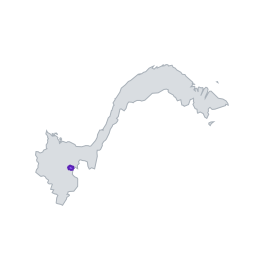 Moc Chau, Son La, Vietnam shown in context, rotated 249°
{"feature_id": "81297802B18330735489877", "entity_name": "Moc Chau", "entity_type": "district", "adm_level": 2, "iso_a3": "VNM", "parent_name": "Vietnam", "parent_adm1": "Son La", "projection": "orthographic", "projection_center": [104.628, 20.87], "detail": "fine", "context": "in_parent", "style": "filled", "palette": "violet", "viewbox_px": 256, "rotation_deg": 249, "n_neighbors": 0, "source": "geoboundaries", "source_scale": "gbopen_adm2", "svg_char_len": 4871}
<svg xmlns="http://www.w3.org/2000/svg" viewBox="0 0 256 256"><g transform="rotate(249 128 128)"><path d="M154.7,51.1L152.6,51.3L150.4,53.2L147.5,54.4L146.8,57.6L144.4,59.1L143.2,58.4L140.7,59.1L138.1,58.5L139.1,62.2L136.5,65.1L136.8,66.9L136.1,68.4L131.5,72.6L130.2,72.6L129.2,73.3L127.0,78.2L126.7,82.3L125.7,84.6L124.7,85.6L124.5,86.9L128.0,93.3L130.4,95.9L132.7,97.2L136.2,100.9L135.7,102.0L135.9,104.1L134.3,103.5L134.5,103.7L136.4,104.9L139.4,108.9L144.5,113.2L145.4,115.4L150.3,118.8L150.2,119.3L153.8,122.1L154.2,123.2L156.8,123.0L159.2,126.3L160.0,126.3L160.3,127.7L164.3,133.2L167.6,136.0L169.3,141.1L171.3,145.0L171.4,147.3L174.5,156.8L174.3,158.1L173.7,156.8L173.8,160.5L174.4,162.4L174.2,164.8L176.3,169.2L176.7,174.1L175.2,172.0L173.6,173.5L174.9,177.0L173.5,176.7L173.7,181.4L174.3,183.0L174.2,183.6L173.5,182.4L173.0,184.6L173.6,186.2L172.7,187.9L171.4,188.0L170.8,191.6L168.5,191.9L166.9,193.6L164.9,194.2L161.1,197.3L158.7,197.9L157.5,200.3L155.4,200.7L147.4,204.9L146.5,203.9L145.0,203.6L143.9,201.4L143.1,205.0L142.5,205.2L141.3,204.5L140.1,203.2L138.5,204.1L140.3,204.4L140.8,205.3L140.5,206.4L136.5,206.4L140.2,207.8L140.9,208.9L139.2,210.6L139.2,211.8L138.4,212.4L136.4,211.3L132.1,207.5L137.2,213.0L138.1,215.4L136.9,216.5L135.4,216.6L133.0,215.0L129.2,211.1L127.9,210.6L132.4,216.1L133.1,217.3L132.6,218.8L123.4,223.0L121.0,227.0L118.1,229.3L115.1,230.0L113.4,229.8L115.1,227.7L114.0,227.0L114.4,216.0L115.2,213.2L117.8,212.0L117.8,211.4L116.9,209.7L114.8,209.1L113.8,207.9L111.9,208.3L108.7,205.0L110.6,203.6L114.5,203.4L117.1,201.1L116.8,198.5L117.1,198.2L120.8,199.1L122.0,197.6L126.8,197.1L128.2,198.8L129.3,198.5L131.5,199.7L132.4,199.7L132.0,198.0L132.3,196.4L128.2,192.9L128.1,188.2L129.1,188.0L130.2,186.5L135.5,187.4L135.7,183.8L139.6,183.4L140.5,182.4L142.7,182.0L146.5,178.8L148.1,178.6L149.0,179.4L150.5,177.9L151.1,175.5L150.0,168.8L151.7,163.1L147.9,153.7L148.3,150.3L149.4,149.2L150.5,146.4L150.3,143.3L149.7,141.9L150.7,140.8L152.0,138.0L150.8,136.1L146.9,133.1L145.4,130.5L148.4,128.4L148.4,127.2L142.1,123.0L141.1,120.7L139.6,121.6L138.5,121.1L137.0,118.9L136.3,114.7L135.3,114.0L133.2,111.1L129.7,108.4L125.5,103.9L124.7,102.6L124.1,100.5L122.4,98.2L120.7,97.7L117.8,94.7L117.5,93.4L118.3,91.3L116.2,90.2L112.6,89.2L101.8,82.2L104.0,79.7L103.4,77.5L103.6,77.1L106.6,76.9L110.9,77.9L112.9,76.0L113.9,73.9L115.3,72.3L115.4,71.4L114.3,69.7L112.4,69.7L111.3,67.3L108.0,66.4L110.2,64.8L110.8,63.6L107.8,61.1L104.6,59.4L101.7,60.6L99.6,62.6L98.5,62.8L91.6,60.1L88.4,54.8L89.7,50.6L89.8,49.1L88.4,48.3L88.0,47.3L87.0,49.1L86.0,49.1L85.1,45.9L83.8,45.2L79.3,39.2L80.7,38.0L82.9,34.7L83.8,34.1L88.4,36.5L90.3,38.4L92.3,37.1L92.3,36.4L94.8,34.0L96.9,36.5L98.5,33.8L102.6,37.2L103.3,36.6L104.1,34.3L105.2,33.6L106.1,33.5L107.2,34.9L108.1,35.0L110.1,33.6L112.2,33.3L113.6,32.1L114.0,29.5L114.5,29.0L119.7,26.0L121.8,27.6L123.2,29.8L125.0,30.4L127.0,31.9L128.5,31.7L129.0,31.1L130.9,31.2L132.6,32.7L135.9,32.0L139.0,33.7L138.0,35.7L136.5,36.6L136.1,37.6L136.2,39.9L137.5,41.2L137.7,44.9L138.5,44.6L141.6,45.6L142.8,47.4L144.4,48.4L145.6,48.5L146.6,49.9L147.7,49.4L148.2,50.0L150.4,49.8L151.9,49.2L154.7,51.1ZM103.7,205.3L103.9,207.6L103.1,210.3L102.2,207.3L100.8,205.6L102.6,204.8L103.7,205.3ZM150.0,55.3L148.1,57.1L147.4,57.0L148.3,54.6L150.0,55.3ZM142.7,61.9L142.1,62.0L141.1,60.9L141.6,60.3L142.8,60.7L143.1,61.2L142.7,61.9ZM149.0,59.3L148.3,59.7L147.4,59.7L149.3,57.8L149.0,59.3ZM139.6,59.5L140.4,61.3L139.2,60.4L139.6,59.5ZM146.5,204.3L145.0,205.8L144.9,205.1L146.5,204.3ZM139.2,228.2L138.1,228.2L139.3,227.3L139.2,228.2Z" fill="#d9dde1" stroke="#a8b0b8" stroke-width="1"/><path d="M110.3,58.6L110.3,58.8L110.2,58.9L109.9,59.0L109.8,59.3L109.8,59.5L109.7,59.7L109.6,59.8L109.4,59.9L109.4,60.0L109.4,60.3L109.3,60.2L109.3,60.3L109.3,60.2L109.2,60.2L109.2,60.3L109.0,60.5L108.9,60.5L108.9,60.8L108.8,61.0L108.9,61.3L108.7,61.4L108.7,61.5L108.8,61.5L109.0,61.5L109.3,61.7L109.4,61.8L109.5,61.9L109.6,62.0L109.6,62.3L109.6,62.5L109.8,62.7L110.0,62.7L110.0,62.8L110.2,62.7L110.3,62.6L110.5,62.6L110.8,62.8L110.9,63.0L111.0,63.2L111.4,63.2L111.6,63.2L111.8,63.0L111.8,62.9L111.7,62.9L111.7,62.7L111.8,62.6L111.8,62.4L111.8,62.2L112.0,62.1L112.1,61.9L112.3,61.9L112.2,61.7L112.0,61.4L111.9,61.4L112.0,61.3L112.3,61.3L112.5,61.4L112.8,61.3L113.0,61.3L113.0,61.2L113.1,61.3L113.2,61.2L113.2,60.9L113.3,60.9L113.5,60.8L113.4,60.7L113.6,60.6L113.8,60.5L113.9,60.4L113.9,60.2L113.7,60.0L113.8,60.0L113.8,59.9L113.8,59.7L113.7,59.5L113.5,59.4L113.6,59.2L113.5,58.9L113.5,58.7L113.4,58.7L113.3,58.4L113.2,58.3L113.2,58.2L112.9,57.9L112.7,57.8L112.6,57.7L112.5,57.9L112.4,58.0L112.2,58.1L111.9,58.2L111.7,58.0L111.6,58.3L111.5,58.2L111.4,58.1L111.2,58.1L111.0,57.9L110.9,57.9L110.9,58.0L110.7,58.0L110.7,57.9L110.5,57.7L110.4,57.8L110.3,58.0L110.3,58.3L110.5,58.3L110.4,58.5L110.3,58.6Z" fill="#8b5cf6" stroke="#5b21b6" stroke-width="1.5"/></g></svg>